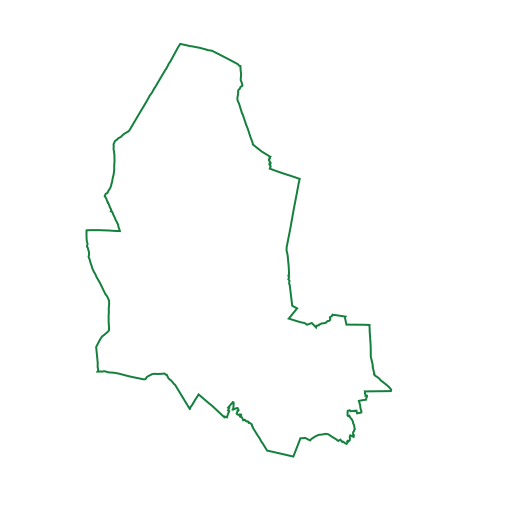 Stiuca, Timis, Romania, rotated 18°
{"feature_id": "2599482B92651033244304", "entity_name": "Stiuca", "entity_type": "district", "adm_level": 2, "iso_a3": "ROU", "parent_name": "Romania", "parent_adm1": "Timis", "projection": "natural_earth1", "projection_center": [21.98, 45.563], "detail": "fine", "context": "isolated", "style": "outline", "palette": "green", "viewbox_px": 512, "rotation_deg": 18, "n_neighbors": 0, "source": "geoboundaries", "source_scale": "gbopen_adm2", "svg_char_len": 6048}
<svg xmlns="http://www.w3.org/2000/svg" viewBox="0 0 512 512"><g transform="rotate(18 256 256)"><path d="M326.7,437.6L353.5,435.2L354.5,417.7L354.5,415.7L357.3,414.6L358.9,413.8L364.4,414.7L365.3,412.8L366.4,411.4L368.1,409.3L370.5,407.1L371.0,406.7L374.6,405.1L377.2,403.6L379.6,403.2L382.1,403.8L383.4,404.3L388.0,405.3L391.4,406.5L392.9,404.6L395.6,406.2L395.9,405.7L396.6,405.7L398.4,406.5L400.2,406.7L400.9,404.3L400.1,404.1L400.3,403.4L401.4,403.4L402.1,402.4L401.9,401.2L401.0,398.7L401.1,397.4L404.7,397.9L404.5,396.3L403.8,396.4L402.9,393.9L402.9,393.2L403.3,392.4L403.1,391.2L403.5,390.5L403.4,389.9L402.7,389.0L402.5,388.4L401.9,387.4L401.7,386.7L400.1,385.1L399.6,383.9L397.9,382.0L396.7,381.3L395.1,380.2L394.2,379.1L393.6,379.7L393.0,379.8L392.1,379.0L392.0,377.9L391.6,377.2L391.1,374.9L392.7,373.8L393.0,374.0L393.3,374.0L393.8,374.4L396.8,373.2L397.6,373.1L397.5,372.8L399.3,372.0L400.8,374.4L404.5,372.3L404.3,371.8L404.3,371.2L403.1,369.6L401.8,367.3L401.3,366.2L401.1,365.4L400.7,365.1L398.6,362.0L402.6,359.8L405.0,358.7L404.8,356.8L405.0,355.8L404.9,354.9L404.6,354.5L403.3,355.1L403.1,354.2L402.6,353.6L402.1,353.2L401.7,351.3L401.5,351.1L426.0,342.8L425.9,341.4L423.9,340.1L422.2,339.1L415.1,336.4L413.6,336.0L410.5,334.2L409.2,333.8L406.6,333.1L405.0,332.3L404.7,331.9L405.0,331.5L401.2,325.4L401.3,324.9L400.5,323.6L400.5,323.2L396.3,316.3L392.9,306.2L387.0,291.5L386.5,289.8L385.8,288.3L385.3,286.5L379.7,288.1L363.2,293.3L359.4,286.7L359.7,286.0L348.4,287.9L347.5,288.5L346.9,288.3L346.7,289.6L346.1,290.5L345.4,291.1L345.2,291.4L345.6,292.3L346.2,293.2L346.2,293.9L345.8,294.7L345.3,295.3L344.2,295.8L343.7,296.5L343.3,297.6L342.3,298.5L339.2,299.9L338.4,300.8L337.2,301.8L337.2,302.5L336.4,302.8L336.0,303.1L335.7,303.5L335.1,303.6L335.2,305.4L329.8,302.5L325.7,305.6L323.7,304.9L322.7,304.8L318.8,305.2L315.9,305.3L306.5,305.4L311.3,293.1L305.8,292.1L297.0,273.1L296.0,272.0L295.4,269.1L293.9,268.0L294.1,266.2L293.0,265.0L293.5,264.4L292.8,263.5L293.0,262.9L290.4,256.0L285.8,245.4L283.3,241.2L282.4,238.0L280.2,219.6L277.6,201.1L275.7,185.8L275.2,181.7L275.0,180.8L274.7,177.7L274.2,174.6L273.7,169.1L271.0,169.2L270.1,169.1L262.8,169.0L261.5,169.1L257.3,169.0L256.9,169.1L244.6,168.8L244.3,168.7L242.2,168.7L242.3,168.2L242.0,167.4L242.3,166.8L242.3,166.5L241.9,166.1L241.7,165.4L240.5,164.9L240.2,164.4L240.3,164.2L241.1,164.0L241.2,163.1L240.8,162.5L240.0,162.2L239.9,162.0L239.9,161.8L239.2,161.5L238.9,161.1L238.5,160.1L238.5,159.8L239.1,159.1L239.1,158.8L238.4,158.0L238.5,157.8L238.9,157.2L228.9,154.8L218.5,150.9L218.3,150.2L216.9,148.1L214.5,145.3L208.9,137.6L205.9,134.0L199.3,125.1L198.8,124.9L198.3,124.2L192.7,116.2L191.0,114.5L189.8,112.6L189.3,110.7L189.1,108.9L188.5,105.6L188.0,104.7L187.9,104.3L188.2,103.1L188.4,102.7L188.7,102.5L188.7,102.1L188.9,101.5L189.1,99.7L190.2,98.8L190.3,98.5L190.3,97.8L190.1,97.4L188.2,94.7L187.3,93.8L187.0,93.1L185.6,87.5L183.9,83.9L182.7,80.7L182.7,80.3L182.6,80.2L181.0,80.2L179.9,79.4L179.4,79.2L176.4,78.6L161.6,76.1L150.7,74.4L145.8,75.2L145.4,75.0L138.1,75.4L130.1,76.4L128.1,76.8L126.5,76.9L118.4,77.7L117.4,81.5L114.5,97.2L113.5,100.8L113.3,102.9L113.0,103.9L112.8,105.8L112.3,106.9L111.1,112.2L107.9,126.8L107.3,128.3L107.3,129.3L107.0,130.2L106.7,132.2L105.8,135.2L105.3,136.4L105.2,137.4L104.0,143.6L101.4,154.8L96.7,175.9L95.9,177.2L93.0,180.4L91.8,182.2L90.7,184.5L88.6,186.6L87.9,188.2L87.0,189.3L86.4,190.3L86.0,193.7L86.3,194.6L86.8,195.4L86.9,196.4L87.8,199.1L89.0,200.8L89.2,202.0L90.1,203.5L91.0,206.3L91.8,208.4L92.7,211.6L93.0,213.2L94.6,218.1L95.4,222.4L95.5,224.3L95.8,227.2L96.3,230.6L96.2,232.4L96.5,233.6L96.4,234.9L96.4,236.2L96.1,237.2L95.9,238.3L95.5,239.3L95.3,241.8L95.0,242.2L93.9,243.2L93.6,245.7L93.7,246.1L94.4,246.3L96.1,247.9L96.9,249.1L98.8,250.9L98.9,251.2L98.7,251.4L98.8,251.5L99.5,251.7L101.2,253.7L102.0,254.9L103.0,255.7L104.3,257.2L104.1,258.3L104.3,258.4L105.4,258.4L105.8,258.9L106.4,259.2L107.0,260.2L110.6,264.0L110.9,264.6L111.2,265.0L111.5,265.2L113.2,266.7L113.6,267.3L114.5,268.1L115.2,269.0L116.4,271.1L118.0,273.1L118.8,274.4L113.9,275.8L108.6,277.1L98.1,280.1L91.1,282.4L86.9,283.9L86.9,284.0L88.6,289.3L89.9,292.8L90.6,294.3L91.8,296.1L92.1,296.8L92.2,298.8L92.4,299.3L93.6,300.3L94.7,302.2L95.6,303.3L96.3,304.6L97.0,307.4L96.9,307.9L96.9,308.2L99.1,311.1L101.0,314.0L102.7,316.1L103.2,317.0L104.8,319.1L107.3,321.7L108.4,322.5L111.1,325.5L115.9,329.8L122.1,336.3L124.7,338.9L127.0,340.5L129.9,343.7L131.0,346.5L131.8,349.5L132.1,351.3L133.2,354.2L134.7,359.8L135.5,361.9L136.4,364.8L137.5,367.3L138.6,370.3L139.0,371.6L139.1,372.5L138.4,374.0L136.2,377.6L134.6,379.9L134.2,380.9L133.5,383.6L132.1,391.9L138.8,407.3L139.0,408.4L139.9,411.0L140.6,411.8L140.8,412.2L141.2,414.0L141.0,414.9L146.0,413.2L147.2,412.5L149.0,412.3L151.4,412.3L157.5,410.8L162.3,410.2L170.1,409.8L175.0,409.4L187.4,408.0L188.9,407.3L189.1,406.8L189.5,405.0L190.5,403.7L193.6,400.6L195.3,399.6L198.9,398.6L203.0,397.1L204.4,396.4L205.4,396.1L205.8,396.4L206.7,396.5L207.5,396.9L207.9,396.6L210.4,399.2L210.8,399.6L213.7,400.6L215.8,401.9L218.0,403.3L218.8,403.5L219.3,403.9L240.3,422.0L240.4,421.9L240.4,419.9L241.4,417.2L241.6,415.7L242.0,414.5L242.4,412.4L244.2,405.4L256.7,410.6L260.7,412.1L275.6,419.1L275.7,418.4L278.2,418.5L278.2,414.9L278.5,411.8L277.1,411.5L277.5,408.9L276.4,408.8L279.1,402.1L279.9,402.2L280.1,403.1L280.2,403.6L280.5,403.7L280.9,405.6L281.5,407.7L281.5,408.3L281.2,409.0L281.2,409.3L281.5,409.3L284.6,406.7L285.3,406.3L285.5,406.3L286.9,407.8L287.1,408.2L286.3,409.0L286.6,409.5L286.3,410.0L286.4,410.8L286.3,411.8L287.2,412.4L288.4,412.5L289.3,411.8L290.6,411.4L291.0,411.6L291.1,411.8L290.3,413.1L290.3,413.6L290.9,413.8L291.8,413.7L292.5,413.8L294.6,416.2L295.4,415.5L295.7,415.3L296.2,415.5L296.6,415.4L296.9,415.9L297.1,416.0L298.2,416.3L298.9,415.9L299.1,416.0L300.1,416.0L300.3,416.2L300.6,416.8L300.8,416.6L301.2,416.6L303.7,417.3L304.3,417.8L304.8,418.9L305.6,419.3L306.0,420.2L313.3,426.4L315.3,427.8L319.0,431.4L319.6,431.6L326.7,437.6Z" fill="none" stroke="#15803d" stroke-width="2"/></g></svg>